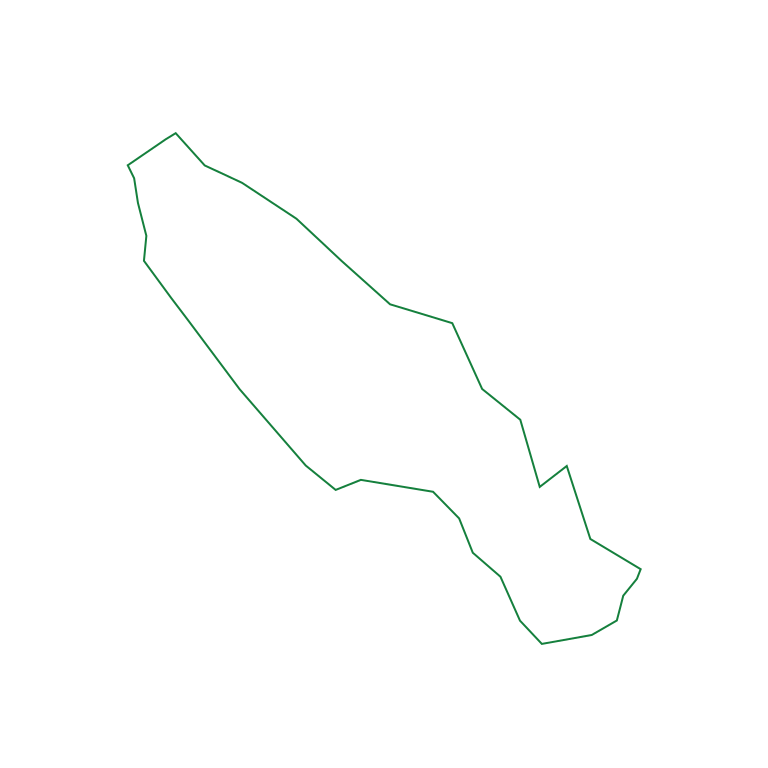 Kourdaka, Paphos, Cyprus (Albers equal-area conic projection), rotated 345°
{"feature_id": "46923920B66181635672664", "entity_name": "Kourdaka", "entity_type": "district", "adm_level": 2, "iso_a3": "CYP", "parent_name": "Cyprus", "parent_adm1": "Paphos", "projection": "albers", "projection_center": [32.537, 34.86], "detail": "fine", "context": "isolated", "style": "outline", "palette": "green", "viewbox_px": 768, "rotation_deg": 345, "n_neighbors": 0, "source": "geoboundaries", "source_scale": "gbopen_adm2", "svg_char_len": 620}
<svg xmlns="http://www.w3.org/2000/svg" viewBox="0 0 768 768"><g transform="rotate(345 384 384)"><path d="M193.1,106.4L195.9,120.6L193.2,145.4L192.8,179.4L184.0,202.9L200.7,245.8L211.7,272.8L243.2,351.7L287.3,442.5L309.9,473.8L336.8,470.6L403.5,500.8L421.8,533.3L426.1,570.0L446.6,600.3L454.1,647.8L469.2,675.9L519.7,680.2L547.7,672.7L554.4,660.9L560.3,650.4L577.9,637.6L584.0,629.3L543.2,587.1L539.3,510.5L507.8,523.7L506.4,453.8L477.5,414.2L465.7,342.9L410.5,308.6L375.1,254.5L342.2,201.7L298.9,152.9L267.4,126.5L247.7,87.8L236.6,91.1L209.6,100.6L193.1,106.4Z" fill="none" stroke="#15803d" stroke-width="2"/></g></svg>